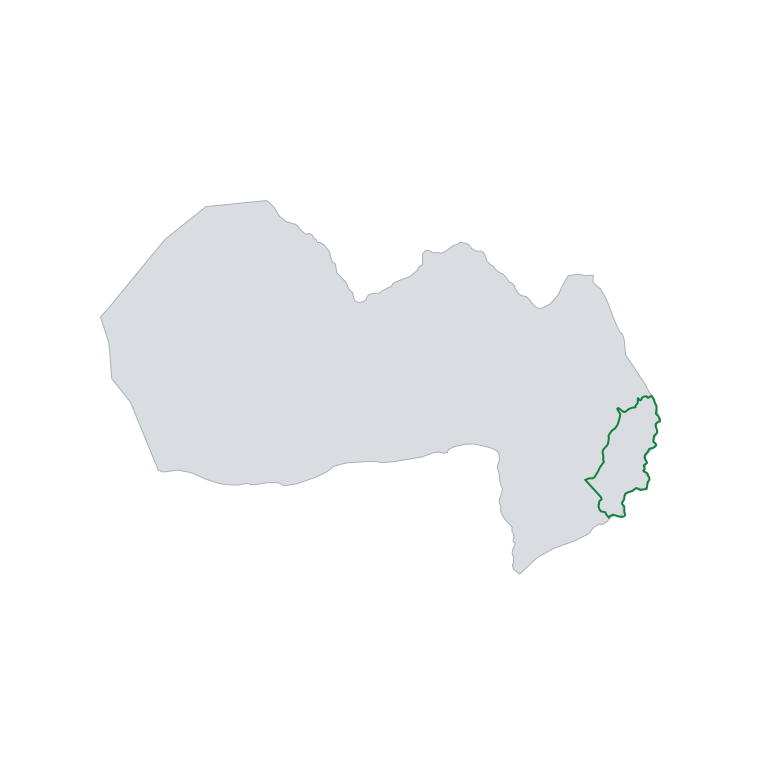 Itapúa highlighted on a map of Paraguay, rotated 324°
{"feature_id": "PRY-620", "entity_name": "Itapúa", "entity_type": "Department", "adm_level": 1, "iso_a3": "PRY", "parent_name": "Paraguay", "parent_adm1": "", "projection": "orthographic", "projection_center": [-55.537, -26.832], "detail": "medium", "context": "in_parent", "style": "outline", "palette": "green", "viewbox_px": 768, "rotation_deg": 324, "n_neighbors": 0, "source": "natural_earth", "source_scale": "10m", "svg_char_len": 5112}
<svg xmlns="http://www.w3.org/2000/svg" viewBox="0 0 768 768"><g transform="rotate(324 384 384)"><path d="M398.0,187.2L399.3,191.5L400.1,194.8L402.0,197.2L403.9,200.3L405.8,202.0L407.1,205.0L406.8,208.4L407.6,212.7L408.6,216.5L409.6,217.4L412.2,218.4L413.6,221.8L412.7,223.5L413.1,225.5L414.1,227.4L413.2,229.3L413.7,230.7L415.5,232.0L417.3,236.7L417.6,244.8L415.8,249.2L414.4,252.8L414.0,255.0L415.2,258.2L413.4,262.0L411.2,266.6L411.8,269.7L412.2,272.7L412.5,275.9L413.1,278.8L412.4,282.0L411.7,284.8L411.4,288.0L412.4,291.6L410.7,295.0L409.9,297.4L409.5,299.8L411.3,303.5L415.5,305.0L418.8,305.3L422.0,303.3L424.3,302.7L428.8,304.4L432.9,307.5L438.1,307.8L442.7,308.3L446.2,309.3L451.3,308.0L456.7,309.1L463.0,310.8L468.2,312.4L473.3,311.9L477.2,311.7L481.2,309.8L485.1,310.0L488.0,306.8L489.7,304.0L491.1,302.0L495.4,300.4L498.3,301.4L500.8,306.5L505.0,309.5L506.7,311.6L509.8,312.6L516.7,312.8L520.9,312.6L525.7,314.1L528.8,314.1L531.6,316.9L534.2,320.3L534.6,326.4L537.0,331.2L540.1,333.0L541.7,336.0L541.2,340.2L539.7,344.3L539.9,348.9L541.6,353.1L541.6,357.2L542.7,361.4L544.9,365.0L545.6,370.8L545.2,374.9L546.7,377.3L547.3,380.7L546.3,383.5L546.0,387.3L546.2,390.7L547.3,393.4L550.5,397.0L551.4,403.4L551.4,407.8L552.9,412.9L555.6,415.3L560.0,416.1L565.1,416.9L571.3,415.8L576.7,414.4L579.8,413.0L585.9,409.3L591.2,407.1L593.9,405.7L596.5,404.8L601.7,407.2L606.6,410.2L610.4,414.4L617.5,419.1L616.1,420.2L613.2,423.9L613.3,428.3L615.2,434.6L613.3,448.0L607.7,468.4L605.3,480.2L606.3,483.6L604.2,489.6L596.6,502.3L596.3,510.9L595.2,536.8L592.6,555.1L588.4,568.5L584.5,575.7L581.1,576.6L578.7,578.7L577.2,582.1L574.4,585.0L570.3,587.2L568.1,589.7L567.8,592.4L563.9,594.2L556.5,594.9L552.2,597.1L550.9,600.7L548.4,603.5L544.7,605.6L543.0,609.1L543.2,613.9L541.1,618.1L536.7,621.5L532.7,621.6L529.0,618.4L524.0,616.2L517.8,615.1L512.7,616.0L508.5,618.7L504.9,623.1L501.7,629.1L498.2,630.1L494.2,626.1L489.2,625.0L483.2,626.6L478.5,626.1L474.9,623.5L469.4,623.2L462.1,625.4L447.1,623.2L424.5,616.7L405.4,614.5L382.1,617.5L379.9,610.4L381.1,606.5L384.8,603.5L387.1,600.2L388.0,596.5L390.6,593.6L394.8,591.6L396.6,589.6L395.9,587.7L396.7,585.9L399.2,584.3L400.5,581.9L400.8,578.6L401.7,577.0L403.3,575.7L403.5,573.5L402.4,566.5L402.4,560.8L403.5,556.3L404.8,553.6L405.9,552.9L406.8,551.3L407.1,548.6L408.6,546.0L416.0,540.7L418.8,537.9L419.0,535.3L420.1,531.8L424.4,524.3L425.8,520.8L425.9,519.1L427.4,517.3L432.8,513.1L435.6,509.1L436.1,505.5L434.7,501.4L431.5,496.8L421.7,485.4L414.0,480.3L404.3,476.1L397.9,474.9L394.9,476.5L391.8,475.3L388.6,471.5L383.2,468.5L372.0,465.4L346.3,452.6L336.0,446.4L332.5,442.4L322.8,435.5L306.9,425.6L294.8,421.0L286.5,421.5L273.0,419.0L254.5,413.4L243.6,407.7L240.6,401.9L233.5,396.2L222.5,390.7L216.8,387.0L216.3,385.2L213.0,382.9L206.9,380.1L200.1,375.2L192.7,368.2L184.5,357.2L175.7,342.2L166.5,332.3L156.9,327.4L152.1,324.1L152.0,322.4L150.5,320.8L151.6,317.7L154.5,305.8L158.7,288.6L163.0,270.7L168.2,249.7L167.6,235.0L166.9,219.5L175.1,206.4L180.9,197.0L185.9,188.2L190.8,173.2L194.0,163.2L207.7,160.2L231.1,154.1L242.7,151.0L267.3,144.6L292.3,138.3L318.7,137.0L344.3,135.9L364.3,147.6L379.6,156.5L396.5,166.4L397.6,168.6L398.9,177.2L398.0,187.2Z" fill="#d9dde1" stroke="#a8b0b8" stroke-width="1"/><path d="M593.4,550.8L593.4,555.0L592.3,557.6L591.5,562.2L589.4,564.9L587.0,567.2L586.5,568.3L587.0,571.1L586.9,572.5L586.3,575.3L585.5,576.2L585.0,576.5L584.0,575.8L581.6,575.8L580.3,576.1L579.5,577.0L578.9,578.2L577.7,582.0L576.4,583.8L575.6,584.2L572.9,584.5L571.8,584.9L568.3,588.4L568.0,589.4L568.7,591.8L568.5,593.1L567.6,593.8L566.4,594.0L564.3,593.9L561.3,592.6L560.0,592.6L557.4,594.0L554.9,594.4L553.8,594.7L552.8,595.3L551.9,596.3L551.3,597.5L551.0,598.7L550.8,601.5L550.3,602.4L546.4,602.5L545.8,603.5L545.2,605.8L542.9,606.6L542.9,607.5L544.2,610.0L544.5,611.4L544.4,612.0L543.7,613.2L543.8,615.0L543.3,616.3L542.5,617.4L541.3,618.0L540.0,618.2L538.5,619.4L536.6,621.7L534.6,623.3L531.4,621.5L529.3,620.7L528.8,620.1L528.0,617.9L527.2,616.7L526.1,616.3L522.3,616.6L517.5,615.0L514.8,614.6L512.4,616.2L510.5,618.5L506.5,620.1L506.2,621.4L506.4,623.1L506.2,624.4L505.6,625.6L503.5,628.3L502.8,630.2L501.9,631.7L500.2,632.1L498.5,631.4L496.9,630.1L495.5,628.5L492.3,624.2L488.7,623.7L487.4,624.1L487.1,619.8L487.7,618.1L487.2,617.3L484.6,614.5L484.6,612.3L485.3,609.8L486.3,608.2L487.3,607.5L488.7,605.9L489.6,605.4L492.3,605.1L492.8,604.0L492.9,602.0L490.5,580.0L494.6,580.9L497.4,583.0L499.2,583.2L505.4,580.7L510.0,578.2L515.8,576.4L516.2,576.0L517.0,573.6L518.9,571.7L520.1,568.8L521.3,567.0L522.1,566.3L524.8,565.5L528.6,564.8L529.5,564.3L530.4,563.7L533.9,560.2L535.3,557.8L538.5,556.4L540.7,555.8L542.8,555.6L543.6,555.8L545.4,555.6L549.1,554.2L554.6,550.0L556.9,547.8L557.6,546.8L557.7,543.4L558.1,541.2L558.4,541.0L559.5,541.3L561.3,547.2L562.5,548.3L568.0,548.2L571.6,549.4L573.0,550.4L573.8,550.6L575.0,549.1L576.7,549.0L578.2,548.4L580.3,545.4L581.1,545.0L581.4,545.6L581.1,547.1L581.8,547.9L582.6,548.0L584.8,546.7L586.7,546.9L589.0,548.1L589.2,548.6L589.1,549.7L589.5,550.4L593.4,550.8Z" fill="none" stroke="#15803d" stroke-width="2"/></g></svg>